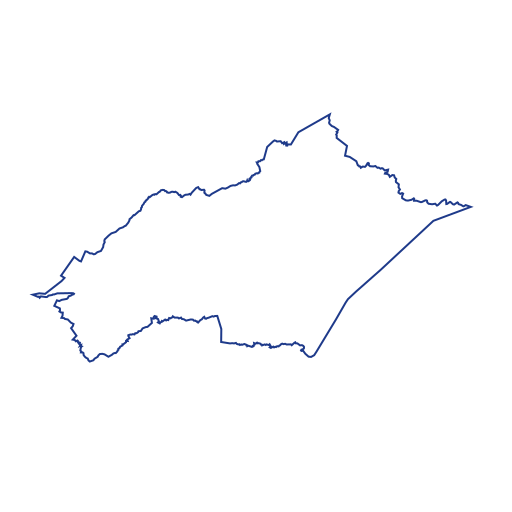 outline of Chu Prong, Gia Lai, Vietnam, rotated 231°
{"feature_id": "81297802B50675624734559", "entity_name": "Chu Prong", "entity_type": "district", "adm_level": 2, "iso_a3": "VNM", "parent_name": "Vietnam", "parent_adm1": "Gia Lai", "projection": "equal_earth", "projection_center": [107.843, 13.593], "detail": "fine", "context": "isolated", "style": "outline", "palette": "blue", "viewbox_px": 512, "rotation_deg": 231, "n_neighbors": 0, "source": "geoboundaries", "source_scale": "gbopen_adm2", "svg_char_len": 6071}
<svg xmlns="http://www.w3.org/2000/svg" viewBox="0 0 512 512"><g transform="rotate(231 256 256)"><path d="M358.9,89.2L359.3,68.3L363.4,64.1L366.4,58.2L361.5,60.8L361.1,61.7L359.7,61.6L360.0,63.4L356.1,67.1L355.6,68.1L355.8,69.8L354.0,73.0L353.9,74.1L353.2,74.8L352.0,78.1L343.4,89.1L342.1,90.5L341.2,90.8L341.0,90.2L341.5,89.2L341.8,86.9L342.6,85.1L341.8,83.5L341.7,82.0L344.2,77.4L344.8,74.7L346.8,73.4L344.2,67.9L338.7,70.6L337.1,69.5L336.6,68.3L334.9,68.9L333.6,70.2L331.3,68.0L330.4,65.9L328.4,67.8L327.3,67.9L325.1,69.8L320.7,70.2L318.0,71.4L316.7,69.3L316.3,66.9L307.0,66.3L306.3,61.0L304.7,62.3L303.1,62.3L302.7,64.0L301.9,64.1L301.2,63.4L300.2,63.3L299.8,64.5L299.4,64.6L298.6,63.3L297.5,63.9L297.0,62.8L296.8,63.9L296.2,63.1L295.4,63.6L295.4,63.0L294.6,61.7L293.1,60.0L291.7,60.1L291.2,59.3L290.1,60.6L289.1,60.8L287.5,59.7L285.5,59.6L283.5,60.0L282.2,60.7L280.3,60.1L278.6,60.4L277.3,64.0L277.8,65.9L277.3,69.5L277.9,70.8L278.1,72.9L276.7,75.0L274.9,76.4L270.6,77.9L269.9,81.8L270.0,83.8L269.4,85.4L268.8,85.9L269.1,88.3L269.7,89.0L269.7,90.1L270.6,90.7L270.4,92.3L271.0,93.3L270.5,96.0L271.4,96.6L270.9,97.4L270.8,100.7L271.8,101.6L270.7,102.8L272.1,103.3L271.7,106.0L274.3,106.5L274.8,106.9L274.1,108.9L273.2,109.9L272.8,111.1L271.5,112.2L272.0,113.6L271.2,114.6L271.0,116.3L271.5,117.3L270.2,119.3L271.1,122.3L270.2,125.4L269.2,127.1L269.5,133.0L273.5,135.4L271.7,137.0L272.9,138.1L273.2,139.4L271.5,140.6L270.4,139.8L271.0,139.2L270.8,138.9L268.7,140.2L266.3,139.4L266.1,138.0L264.2,138.8L264.6,139.8L264.3,141.0L264.7,141.9L264.0,142.1L263.8,145.4L262.5,145.6L262.4,146.7L261.4,147.5L262.5,149.5L261.3,150.4L261.3,151.6L260.9,152.5L261.4,153.4L259.3,154.0L257.3,156.5L256.0,156.8L255.3,159.0L253.7,158.8L252.3,160.1L249.8,161.0L247.7,165.4L246.3,166.9L244.7,167.1L244.1,168.1L243.4,168.2L242.4,169.0L241.6,168.7L240.7,169.1L241.2,172.3L240.9,174.1L241.4,176.2L241.3,177.5L239.4,177.1L238.6,177.8L238.5,179.0L237.9,180.2L236.7,184.2L235.6,184.9L235.2,186.3L233.8,188.2L221.1,183.1L211.1,174.8L204.4,180.8L203.2,182.7L201.9,183.9L201.1,185.7L199.9,185.7L198.4,186.6L197.9,187.5L197.0,187.5L196.5,188.9L195.8,189.2L194.9,191.6L192.8,192.8L192.4,192.4L191.9,192.8L191.4,192.5L191.1,193.6L187.9,195.6L187.5,197.1L188.2,197.2L188.0,198.8L189.5,199.7L188.2,200.4L188.0,202.2L187.3,202.1L186.7,203.1L185.0,204.3L184.0,204.1L183.3,204.8L182.7,204.5L181.8,207.1L180.7,207.6L180.7,208.5L178.7,210.0L178.8,211.0L176.7,210.7L176.4,209.2L175.2,209.7L174.7,212.4L173.6,212.5L173.3,213.9L172.6,214.3L172.6,215.7L171.5,216.7L171.7,217.8L171.4,218.6L171.7,219.8L171.4,221.2L170.3,221.8L169.4,223.4L168.0,224.1L165.4,227.5L164.2,227.6L164.4,231.3L164.2,232.2L163.2,231.9L162.0,233.2L158.8,234.0L157.8,235.6L156.4,236.2L155.1,236.1L154.0,235.0L154.0,234.0L154.6,232.3L154.2,231.5L153.5,231.7L152.8,233.0L149.0,232.8L144.7,233.5L142.9,235.3L142.3,238.8L143.6,242.8L156.3,278.0L163.4,296.4L164.6,300.3L165.4,311.5L166.8,344.1L171.7,416.0L159.0,453.8L163.6,451.0L163.9,448.7L164.3,448.3L166.7,447.5L168.8,446.1L170.2,446.5L170.9,446.3L171.3,442.3L172.3,441.6L175.7,441.1L176.0,440.8L176.2,437.3L176.6,436.6L179.6,438.7L180.7,438.8L181.2,438.0L181.6,434.8L181.1,429.7L181.3,428.4L183.8,428.2L185.4,425.4L188.0,423.0L189.9,422.8L191.3,423.7L191.9,423.6L192.7,422.6L193.6,418.8L194.2,417.9L197.9,415.6L199.5,413.6L200.8,414.9L201.5,414.9L201.8,412.3L203.4,409.0L204.9,407.5L208.9,406.0L210.3,406.9L211.9,409.6L213.0,409.1L213.5,407.2L215.6,406.6L216.6,407.7L217.1,409.7L219.7,410.0L221.8,412.1L225.4,411.3L226.5,412.0L227.6,413.5L229.7,413.2L231.8,414.1L233.1,412.9L233.3,409.8L235.4,410.3L237.1,409.7L238.9,408.0L239.2,408.5L238.6,411.3L240.0,413.0L241.5,409.9L244.4,409.6L245.1,409.0L245.4,407.8L247.5,407.0L248.1,405.9L250.8,405.4L251.7,403.6L253.9,401.2L255.8,400.8L256.9,402.0L257.8,401.7L257.9,401.0L256.8,398.1L256.7,396.8L258.3,395.3L258.6,393.0L259.9,393.4L260.6,392.6L261.8,392.7L262.4,392.2L266.5,393.6L274.0,391.2L277.9,388.3L284.3,396.0L297.0,393.0L298.9,394.6L299.9,394.7L300.7,396.9L301.8,396.8L301.8,398.1L302.3,399.2L307.3,397.8L309.3,396.7L312.6,396.3L313.5,396.6L315.1,398.7L317.4,399.3L319.6,402.5L325.5,366.8L320.7,353.3L322.6,351.1L322.6,350.5L322.1,349.8L322.8,349.0L323.5,349.4L323.9,350.6L325.0,351.3L325.5,348.4L326.7,349.4L327.2,347.3L329.7,347.4L331.8,344.3L332.8,344.1L334.2,343.1L334.3,341.3L333.7,333.3L326.2,322.9L326.8,321.6L326.7,320.8L327.4,320.1L327.1,318.8L328.1,317.5L327.6,316.6L328.2,315.6L327.4,315.6L327.0,315.0L323.0,314.6L319.3,312.7L319.2,311.6L318.7,311.0L319.1,310.2L319.0,309.3L319.8,308.7L320.4,307.2L320.0,306.3L320.5,305.0L320.3,304.3L320.9,303.6L320.5,302.1L319.9,301.9L320.2,299.6L319.7,299.1L319.1,299.5L318.8,299.0L318.9,297.1L319.5,296.6L320.3,296.8L319.7,295.8L319.8,295.0L322.0,293.3L322.4,292.5L322.4,291.2L322.8,290.5L322.5,289.3L323.3,288.7L323.3,286.3L324.0,284.2L325.4,282.6L326.5,280.3L326.9,277.1L327.6,274.6L330.0,272.4L332.1,260.8L332.1,257.6L334.8,255.8L336.6,256.0L337.1,255.6L338.0,255.9L339.3,257.3L340.2,257.3L341.7,255.0L343.0,254.7L343.4,254.1L345.9,254.4L346.5,252.3L345.6,245.8L344.9,243.7L346.0,243.5L346.5,241.9L348.0,239.7L348.3,238.2L348.3,235.5L349.3,234.8L350.1,235.6L351.1,235.6L351.3,234.8L351.9,234.5L354.5,234.6L356.7,233.8L357.1,232.6L358.3,231.8L359.1,230.6L359.3,229.3L360.0,228.0L361.4,226.9L362.1,227.2L363.3,226.8L363.6,226.2L365.1,226.1L366.1,225.1L366.9,223.5L366.5,221.4L366.8,220.9L366.6,217.5L367.4,216.8L367.6,215.6L368.0,215.6L368.6,214.0L368.6,210.3L369.3,210.1L369.2,209.1L368.5,208.1L368.3,206.7L368.6,206.3L368.2,205.5L368.3,204.7L367.8,204.1L367.9,202.9L367.2,201.6L366.7,199.0L365.7,197.9L365.7,197.1L364.6,196.0L363.9,194.6L364.5,193.1L364.2,187.2L364.8,186.6L364.2,183.5L364.2,180.9L363.3,180.0L362.3,177.7L361.5,173.8L361.9,172.7L362.0,170.7L363.3,167.2L363.0,162.1L364.6,157.9L364.6,154.3L364.1,148.9L363.1,147.5L362.0,147.2L360.9,144.7L359.1,142.8L357.5,138.7L358.8,135.1L358.8,132.3L359.4,131.0L361.2,130.2L362.5,128.6L365.6,127.5L367.0,126.3L361.9,116.6L363.4,115.7L369.7,114.1L363.4,92.1L359.5,93.4L358.9,89.2Z" fill="none" stroke="#1e3a8a" stroke-width="2"/></g></svg>